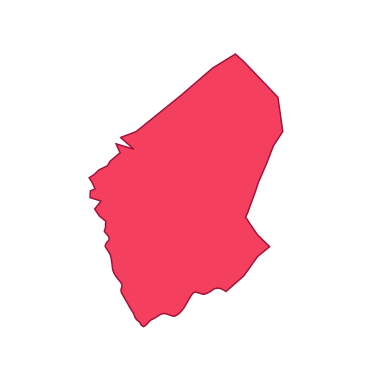 outline of Yabroud, Rif Dimashq, Syria, rotated 302°
{"feature_id": "27442178B56496530106269", "entity_name": "Yabroud", "entity_type": "district", "adm_level": 2, "iso_a3": "SYR", "parent_name": "Syria", "parent_adm1": "Rif Dimashq", "projection": "orthographic", "projection_center": [36.379, 33.94], "detail": "fine", "context": "isolated", "style": "filled", "palette": "rose", "viewbox_px": 384, "rotation_deg": 302, "n_neighbors": 0, "source": "geoboundaries", "source_scale": "gbopen_adm2", "svg_char_len": 3026}
<svg xmlns="http://www.w3.org/2000/svg" viewBox="0 0 384 384"><g transform="rotate(302 192 192)"><path d="M317.8,214.7L330.0,166.8L332.0,155.7L327.2,153.3L311.7,145.6L308.0,143.8L268.3,131.5L213.6,112.6L200.5,102.6L200.2,103.2L199.1,110.1L197.5,120.0L192.6,102.1L189.7,106.4L187.4,110.0L187.2,110.3L187.0,110.2L186.1,109.9L185.6,109.7L174.7,106.2L169.5,106.4L162.9,102.3L161.2,101.3L159.6,100.9L155.2,99.9L149.6,97.2L147.0,102.5L143.7,107.5L143.2,108.1L141.3,106.8L140.5,106.2L139.5,105.4L139.2,105.2L138.9,105.3L133.2,108.5L133.4,109.2L135.8,118.3L136.1,119.6L133.9,119.4L127.9,118.7L126.0,118.5L125.9,118.7L125.1,120.4L122.6,126.1L122.5,126.4L122.0,130.7L121.8,132.2L121.6,133.9L121.5,134.3L121.3,134.4L120.9,134.7L120.5,134.9L118.4,136.0L117.4,136.7L116.4,137.3L115.8,137.5L115.2,137.6L112.8,138.3L112.2,138.5L111.9,138.9L111.9,139.0L111.5,140.5L111.4,140.8L111.0,142.1L110.6,143.0L110.6,143.3L110.6,143.7L110.3,144.3L110.0,144.7L109.8,145.3L109.6,145.5L109.1,146.0L108.9,146.2L107.5,146.9L106.5,146.9L104.7,146.5L103.8,146.5L103.5,146.5L102.3,146.4L101.8,146.5L101.0,146.6L99.9,147.2L99.5,147.7L98.7,149.3L98.4,150.4L98.1,151.0L97.1,152.9L97.1,153.1L96.4,154.2L96.1,154.8L96.0,155.0L94.6,157.0L93.8,157.7L91.7,159.7L91.4,159.9L89.8,161.3L84.9,165.2L83.4,166.7L83.1,167.1L82.7,167.7L81.6,169.2L81.2,170.2L81.0,170.6L80.8,170.9L80.3,172.0L79.6,173.7L79.2,174.7L78.2,177.8L77.8,179.0L77.4,179.7L77.1,180.4L77.0,180.6L76.3,181.7L75.8,182.2L75.7,182.2L74.5,182.7L73.2,183.1L72.6,183.2L71.9,183.4L71.3,183.8L71.1,183.9L70.6,184.1L70.2,184.5L69.3,185.4L68.9,186.1L67.1,189.4L62.9,197.3L60.7,201.2L59.6,203.6L58.1,206.6L57.4,207.6L55.3,210.4L55.0,211.1L54.6,212.1L54.4,212.7L54.3,212.9L54.3,213.0L54.2,213.7L54.1,214.7L53.9,215.5L53.9,215.8L53.9,216.3L53.7,216.6L53.6,216.8L53.5,217.0L53.5,217.3L52.6,218.8L52.5,219.1L52.2,219.8L52.0,221.7L52.0,222.0L52.4,222.4L52.6,222.6L53.4,223.0L55.8,223.7L57.5,224.0L59.5,224.4L61.2,224.7L64.7,226.8L67.3,228.2L70.9,229.8L71.0,229.8L71.7,230.4L72.5,230.9L74.0,232.5L74.8,233.9L75.2,235.5L75.4,236.5L76.0,238.8L76.0,239.3L76.1,239.8L76.5,241.0L77.0,242.4L77.5,243.0L78.2,243.6L80.7,244.8L81.5,245.2L82.2,245.4L82.5,245.5L83.6,245.8L84.1,245.9L84.9,246.0L87.8,246.4L89.2,246.6L89.6,246.6L91.7,246.5L93.3,246.5L95.1,246.4L101.9,246.2L103.6,246.2L104.2,246.2L105.4,246.3L105.6,246.3L106.4,246.4L107.4,246.8L108.9,247.7L109.3,248.8L109.8,250.3L109.8,250.5L109.9,250.8L110.6,253.7L110.6,253.8L110.9,254.7L111.1,255.2L111.2,255.6L111.8,256.5L112.0,256.8L112.3,257.0L113.0,257.6L114.1,258.4L117.0,260.1L120.1,261.5L120.7,261.8L120.9,261.8L121.7,262.2L122.1,262.6L122.7,263.1L123.0,263.3L123.9,264.6L124.3,265.1L124.6,265.6L124.9,266.4L125.4,268.4L125.5,269.6L125.6,270.7L125.6,272.1L125.6,273.5L127.1,274.0L148.4,280.4L171.9,281.8L186.8,286.8L190.3,270.7L190.8,269.4L195.3,258.9L198.2,252.8L199.1,250.8L203.3,250.3L214.0,248.0L224.7,245.8L226.5,245.4L231.2,244.2L235.9,243.1L256.6,240.0L274.2,236.6L291.4,236.9L308.0,223.0L317.8,214.7Z" fill="#f43f5e" stroke="#9f1239" stroke-width="1.5"/></g></svg>